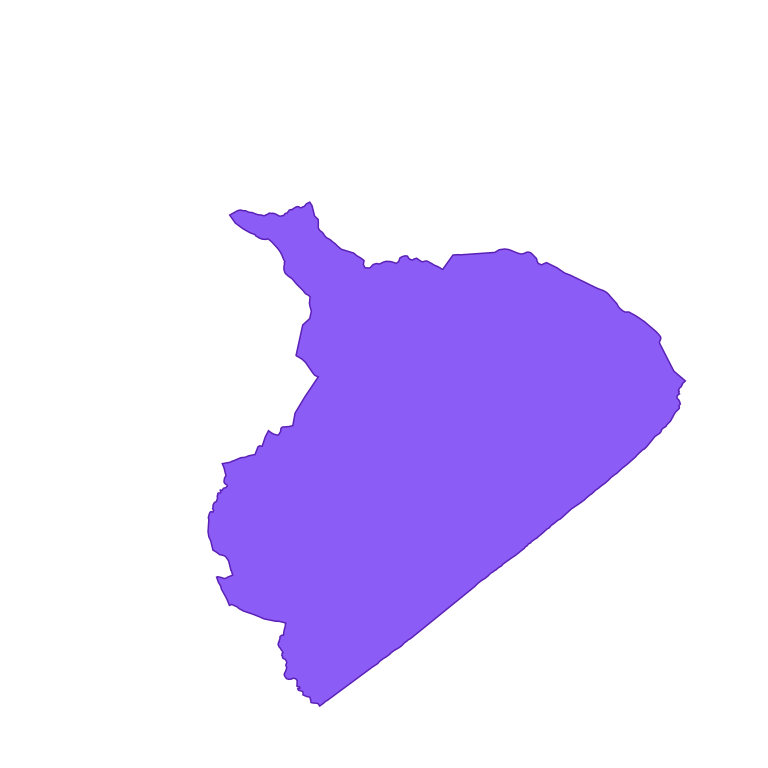 outline of Ekumfi, Central, Ghana, rotated 325°
{"feature_id": "2480657B22323593180175", "entity_name": "Ekumfi", "entity_type": "district", "adm_level": 2, "iso_a3": "GHA", "parent_name": "Ghana", "parent_adm1": "Central", "projection": "natural_earth1", "projection_center": [-0.909, 5.289], "detail": "fine", "context": "isolated", "style": "filled", "palette": "violet", "viewbox_px": 768, "rotation_deg": 325, "n_neighbors": 0, "source": "geoboundaries", "source_scale": "gbopen_adm2", "svg_char_len": 6171}
<svg xmlns="http://www.w3.org/2000/svg" viewBox="0 0 768 768"><g transform="rotate(325 384 384)"><path d="M146.5,610.8L147.3,610.9L151.1,610.8L154.4,610.4L155.8,610.7L212.2,609.2L218.0,609.4L219.0,609.3L221.0,608.7L226.0,608.5L229.3,608.8L234.1,608.6L235.0,608.3L239.3,608.1L244.8,608.6L247.9,608.6L252.7,607.7L255.0,607.8L256.3,607.5L257.2,607.5L259.8,607.8L342.6,601.9L343.8,601.6L347.3,601.1L351.4,600.9L355.5,601.2L357.9,601.0L359.3,600.9L362.3,600.2L366.0,600.4L367.7,600.3L368.8,600.5L372.5,600.1L375.8,600.4L378.2,599.8L380.4,599.7L386.7,599.7L388.0,599.6L392.8,599.8L398.2,599.5L399.7,599.3L404.6,599.1L406.2,598.5L408.3,598.6L410.8,597.8L412.3,598.2L413.1,598.2L413.9,597.8L414.9,597.7L418.8,597.6L420.9,597.9L422.9,597.5L427.5,597.2L434.4,596.3L436.7,596.6L439.7,595.8L443.7,595.7L448.1,595.3L451.2,595.7L466.0,593.8L476.3,594.0L481.7,593.9L484.5,593.4L489.7,593.0L491.4,593.1L496.8,592.3L499.9,592.4L502.9,592.1L508.5,592.0L512.7,591.5L516.3,590.8L520.8,590.6L523.5,590.7L530.4,589.6L536.9,589.3L548.3,588.0L550.9,587.3L555.1,586.7L558.4,586.3L559.5,586.4L560.2,586.6L563.7,585.9L575.9,582.4L581.7,582.5L583.4,582.0L585.4,580.6L587.3,580.3L590.5,580.5L591.9,579.8L593.6,579.4L597.0,578.8L599.3,577.9L600.1,577.2L601.5,576.9L602.7,575.9L603.7,575.6L605.6,574.6L606.9,574.2L611.8,573.4L612.6,572.5L613.1,571.1L613.7,570.7L615.1,570.5L615.7,569.2L616.2,567.3L616.3,565.7L615.8,563.9L616.6,562.7L617.4,561.9L619.2,561.5L620.4,561.6L620.6,559.6L620.9,559.5L621.2,559.6L621.7,559.2L621.6,558.1L621.8,557.8L624.1,556.8L625.8,556.7L626.4,556.4L627.0,555.8L627.9,555.8L628.5,554.9L632.6,554.3L628.8,539.7L633.2,508.2L633.8,507.6L636.4,505.9L637.0,505.3L637.6,503.9L637.5,501.0L636.9,497.1L633.1,482.3L629.7,473.3L625.9,465.5L623.1,463.6L622.5,462.9L621.7,461.4L620.7,457.9L620.4,456.1L620.4,454.6L620.8,452.0L619.6,441.8L619.5,440.0L619.0,437.3L618.4,435.6L617.2,433.2L614.3,429.1L612.0,425.2L599.1,401.8L595.5,396.5L592.5,388.3L586.8,377.8L583.3,377.0L581.5,376.9L579.5,373.7L579.9,371.0L580.9,368.9L579.7,361.3L578.5,359.3L577.8,358.7L576.2,357.8L574.0,357.5L571.5,356.6L570.7,356.0L568.3,353.1L564.3,346.8L562.6,344.7L560.2,342.6L555.4,340.1L550.3,339.8L520.3,321.8L519.0,320.6L514.5,317.9L497.8,323.8L497.1,322.7L496.7,321.4L496.2,320.3L494.9,317.8L494.1,316.7L493.0,314.8L492.4,313.2L489.7,307.8L488.3,307.0L487.1,306.5L485.9,306.2L485.1,305.4L484.1,303.2L482.9,299.7L480.1,298.8L478.4,298.8L477.2,297.4L476.3,295.3L476.6,292.7L474.8,291.1L472.3,290.2L469.5,289.8L466.3,292.1L463.1,292.2L461.4,289.6L459.3,287.1L458.2,286.5L457.7,285.9L456.8,285.2L455.5,284.5L453.4,283.8L449.8,283.3L448.3,282.5L447.5,281.4L446.5,280.8L443.6,279.9L439.0,280.9L435.1,277.9L435.6,274.3L438.5,271.4L437.3,267.7L435.1,262.8L434.5,260.1L434.2,259.3L428.0,251.3L427.4,250.7L426.2,248.8L425.1,244.7L424.5,241.1L423.7,238.9L422.8,235.2L420.8,231.0L420.5,229.5L420.4,228.0L420.6,226.1L420.5,224.5L419.6,221.9L419.5,220.4L419.6,218.9L420.2,217.7L422.5,214.6L424.5,211.4L423.6,207.3L423.6,206.3L427.1,197.3L427.4,196.2L427.5,192.5L427.2,192.6L425.6,192.1L423.7,191.9L420.5,192.8L418.7,192.2L417.5,192.2L417.0,192.0L416.4,191.4L415.8,189.9L415.0,189.1L413.3,188.5L409.2,188.3L408.7,188.6L407.8,187.8L406.3,187.2L402.7,188.4L401.1,187.7L400.7,187.7L398.2,188.4L397.4,187.8L396.0,187.4L395.1,186.9L394.4,186.1L392.8,182.7L391.8,181.3L390.8,180.3L389.8,179.8L388.3,178.4L387.3,178.1L385.8,178.2L384.1,177.7L382.9,177.7L381.9,177.1L380.6,175.4L377.7,172.9L374.2,167.8L371.8,165.8L370.0,162.7L367.5,160.8L366.7,159.6L365.9,159.0L364.4,158.3L362.3,157.9L354.5,157.1L354.5,166.9L357.4,175.6L358.8,178.7L361.0,183.2L363.9,187.5L363.9,189.1L364.7,190.7L365.1,192.0L367.1,195.3L369.0,196.9L370.5,198.0L372.0,198.4L372.9,200.5L373.5,202.9L374.7,212.0L374.8,215.2L374.4,219.5L373.2,224.5L373.1,226.8L372.0,227.3L371.3,228.7L369.9,229.9L368.8,231.2L367.4,233.4L366.6,236.8L367.5,240.8L369.1,245.2L369.7,252.3L371.4,261.6L371.3,263.5L371.7,265.5L372.9,267.7L373.5,270.1L369.2,275.1L368.2,277.2L366.2,282.7L360.7,287.8L351.3,289.0L328.4,310.1L328.6,311.3L329.6,313.1L331.2,317.0L332.1,321.2L332.0,334.1L332.3,337.2L334.2,340.5L312.1,349.0L294.5,356.8L285.4,365.8L281.8,364.4L276.1,361.0L274.2,361.2L272.0,363.6L269.4,364.8L268.7,365.0L267.9,365.0L267.1,364.4L265.1,362.1L263.7,359.3L262.6,356.0L256.5,359.2L248.5,365.1L247.7,364.5L246.9,363.4L244.7,363.2L237.9,367.8L232.0,365.2L228.3,364.4L224.4,362.2L217.1,360.7L215.3,360.1L213.2,359.9L205.9,356.5L204.8,361.1L202.5,367.0L202.3,367.8L201.9,368.5L199.5,369.5L197.4,371.6L196.7,372.7L196.5,373.9L196.7,374.8L197.4,376.4L197.4,377.0L197.1,377.7L194.8,378.2L193.3,377.5L192.6,377.4L190.2,378.3L189.7,377.7L189.4,377.1L189.0,377.0L188.2,378.8L187.8,379.3L187.4,379.4L185.7,378.2L185.0,378.4L183.8,379.7L183.0,380.2L182.4,381.7L179.4,384.1L177.1,383.8L175.0,384.8L173.8,385.9L173.2,387.2L172.1,387.7L171.9,389.8L170.4,390.8L169.1,389.3L167.9,389.3L166.4,390.2L163.6,392.5L162.5,394.9L155.1,404.1L152.9,408.6L152.0,413.3L148.6,422.0L150.1,425.2L151.5,429.5L154.1,432.3L155.3,434.5L155.2,439.9L151.7,448.9L151.9,449.3L150.4,453.8L145.1,452.5L143.6,452.6L141.4,451.6L139.8,449.3L137.3,446.5L136.1,446.2L134.6,451.5L134.3,455.8L133.2,458.6L132.0,469.6L130.4,476.7L132.9,477.3L135.9,482.5L136.5,485.0L138.8,489.6L144.5,497.3L147.6,502.0L151.1,507.7L159.2,516.2L162.1,518.4L166.4,523.4L165.7,523.9L164.2,525.8L162.5,527.1L160.4,529.0L157.5,532.1L156.1,531.1L153.7,531.4L152.7,533.0L151.1,533.9L150.5,535.0L149.6,535.0L147.8,536.7L147.4,538.3L147.3,539.7L147.5,540.7L147.3,543.1L147.5,543.8L147.1,546.2L146.1,546.1L145.2,547.3L144.6,547.7L144.6,549.2L143.9,550.1L144.0,551.1L145.2,552.8L145.0,555.5L144.2,556.8L142.9,557.5L142.1,558.2L142.0,559.5L141.3,560.9L139.2,562.5L136.8,563.8L135.7,564.6L135.1,566.2L135.1,568.8L135.3,569.8L136.9,571.5L139.3,572.8L140.8,572.8L142.6,574.8L142.8,577.2L141.9,578.2L140.5,580.2L139.4,581.4L139.6,582.4L140.7,583.1L141.1,583.9L140.8,584.6L140.2,585.0L139.5,584.3L138.5,584.2L138.3,585.6L138.6,586.3L140.6,588.5L140.9,589.9L139.9,591.5L139.3,592.2L141.5,595.8L143.1,597.2L143.5,598.4L142.2,601.9L141.5,603.0L142.7,604.4L145.7,606.9L146.7,608.2L146.7,609.4L146.5,610.8Z" fill="#8b5cf6" stroke="#5b21b6" stroke-width="1.5"/></g></svg>